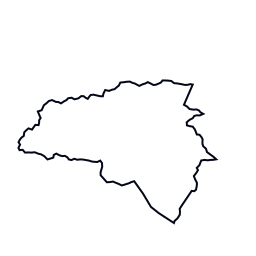 Nazaré, Bahia, Brazil, rotated 295°
{"feature_id": "56859067B60391467377096", "entity_name": "Nazaré", "entity_type": "district", "adm_level": 2, "iso_a3": "BRA", "parent_name": "Brazil", "parent_adm1": "Bahia", "projection": "orthographic", "projection_center": [-38.979, -12.947], "detail": "fine", "context": "isolated", "style": "outline", "palette": "ink", "viewbox_px": 256, "rotation_deg": 295, "n_neighbors": 0, "source": "geoboundaries", "source_scale": "gbopen_adm2", "svg_char_len": 2170}
<svg xmlns="http://www.w3.org/2000/svg" viewBox="0 0 256 256"><g transform="rotate(295 128 128)"><path d="M136.9,221.2L138.0,217.7L138.8,213.6L139.6,209.7L142.2,207.4L143.2,204.0L144.9,202.3L147.0,201.3L149.3,200.4L150.8,198.4L152.1,195.7L151.2,193.1L153.1,191.2L155.0,189.1L156.6,186.1L155.8,183.4L155.3,180.3L158.0,178.8L161.5,180.4L164.3,182.6L166.8,182.9L168.4,184.7L169.8,187.8L172.6,190.2L172.8,187.3L173.9,184.7L173.8,182.3L172.3,179.6L171.2,175.8L172.4,172.4L172.7,168.9L194.7,168.3L194.1,166.0L192.5,164.0L191.2,161.7L190.3,157.9L189.2,153.8L188.1,150.8L188.9,147.3L187.6,143.5L185.7,139.2L182.9,138.5L180.9,136.7L179.0,135.0L177.7,132.8L177.9,129.8L177.9,126.5L175.9,125.1L173.8,122.8L170.9,120.4L171.2,115.5L170.8,112.7L170.8,110.0L169.6,107.7L167.9,105.1L165.9,101.8L162.7,101.8L160.2,100.6L157.5,99.4L156.1,97.5L153.6,95.1L152.8,91.3L148.9,91.2L146.1,91.8L145.0,89.3L144.3,85.9L143.6,82.6L142.1,80.2L139.8,79.6L137.4,79.2L137.5,76.7L138.1,74.5L137.2,72.2L133.9,70.5L131.4,67.4L131.6,64.1L129.7,61.2L127.2,60.4L125.1,58.7L122.0,56.9L122.1,53.9L121.2,51.7L121.2,47.3L118.9,44.8L116.1,43.7L113.0,42.1L110.6,42.2L107.6,42.2L104.9,39.3L102.3,42.1L100.1,44.6L97.5,44.2L95.3,45.2L92.8,45.7L91.7,42.7L88.4,42.1L86.0,41.7L85.6,38.0L83.1,36.8L80.3,35.8L76.8,36.9L74.2,35.5L71.6,34.9L68.9,34.8L67.3,37.2L63.7,37.1L62.1,39.1L63.7,41.7L62.2,45.1L63.8,48.1L64.8,50.7L66.6,53.8L66.8,57.6L67.4,60.4L67.1,64.0L65.5,68.3L67.8,70.9L69.6,72.8L72.3,72.1L74.5,73.9L74.3,77.6L74.8,80.5L76.1,82.6L75.8,85.4L74.5,87.8L75.1,90.4L77.4,92.3L77.8,95.5L79.4,98.0L80.5,100.9L81.2,103.6L82.0,106.5L82.3,109.3L83.1,111.7L84.2,114.5L86.7,116.6L85.3,119.2L82.0,121.0L78.7,121.5L76.2,121.9L73.6,123.2L69.9,131.8L71.6,134.9L73.1,137.0L73.2,139.9L73.4,143.4L73.3,146.6L74.8,148.4L76.4,150.1L78.3,152.2L80.2,153.7L82.4,156.1L74.9,169.3L66.2,182.1L63.9,191.6L61.3,209.8L63.5,209.5L66.9,211.0L71.2,211.6L74.3,210.4L76.6,209.0L80.5,209.5L97.9,212.3L98.7,214.7L100.7,215.7L104.7,214.8L107.5,213.6L109.8,210.6L112.3,208.0L116.3,208.9L119.4,209.2L120.9,207.2L124.4,208.4L129.5,208.1L131.4,210.8L132.4,213.9L133.9,216.2L135.3,218.9L136.9,221.2Z" fill="none" stroke="#020617" stroke-width="2"/></g></svg>